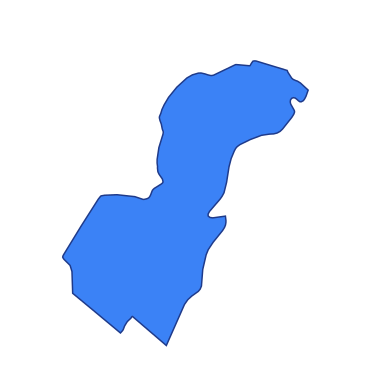 White Nile, Mercator projection, rotated 40°
{"feature_id": "SDN-879", "entity_name": "White Nile", "entity_type": "State", "adm_level": 1, "iso_a3": "SDN", "parent_name": "Sudan", "parent_adm1": "", "projection": "mercator", "projection_center": [32.247, 13.605], "detail": "fine", "context": "isolated", "style": "filled", "palette": "blue", "viewbox_px": 384, "rotation_deg": 40, "n_neighbors": 0, "source": "natural_earth", "source_scale": "10m", "svg_char_len": 2134}
<svg xmlns="http://www.w3.org/2000/svg" viewBox="0 0 384 384"><g transform="rotate(40 192 192)"><path d="M271.0,326.1L226.4,325.6L226.1,326.0L226.1,326.5L226.2,327.0L226.3,327.6L226.2,328.9L225.9,331.2L225.8,332.4L225.8,333.6L226.5,338.0L227.7,341.4L227.9,342.5L227.9,343.7L227.8,346.0L196.8,346.1L165.7,346.3L151.2,330.1L145.8,326.6L137.5,325.9L136.1,325.6L134.8,325.0L134.2,323.8L133.9,322.3L129.0,289.6L124.8,257.7L124.7,253.9L125.1,253.1L127.2,250.6L136.3,242.3L151.2,232.3L159.3,229.1L159.9,228.6L160.5,227.9L161.6,226.4L162.2,225.3L162.5,224.5L162.6,223.9L162.6,223.3L162.6,222.7L162.1,220.6L160.9,217.2L160.6,216.1L160.6,215.0L160.8,213.4L163.4,205.4L163.6,204.0L163.5,203.4L163.3,203.0L163.0,202.6L162.6,202.3L161.1,201.2L160.6,201.0L155.4,199.6L153.2,198.6L152.5,198.1L150.1,195.8L149.3,194.7L146.7,192.3L144.3,189.4L138.1,179.3L132.6,166.3L131.6,164.7L131.3,164.4L130.9,164.1L128.8,162.9L124.8,159.7L121.5,157.8L119.5,156.3L119.2,156.0L118.9,155.6L118.5,154.9L118.2,153.9L117.6,151.9L116.0,148.2L114.6,143.0L113.2,134.5L113.0,121.4L114.7,108.6L114.8,107.9L117.0,102.0L120.4,96.9L121.8,95.6L122.5,95.0L126.0,93.2L128.8,92.1L131.0,91.0L131.8,90.5L132.5,89.8L133.4,88.7L143.3,66.8L143.6,66.3L144.2,65.8L154.8,58.4L155.2,58.0L155.2,57.4L154.9,56.1L154.7,54.5L154.6,52.5L155.6,51.4L156.8,50.5L186.8,37.7L188.4,38.6L195.2,40.7L196.1,40.7L197.2,40.7L200.0,39.9L201.5,39.3L205.0,38.8L215.5,39.3L217.8,45.4L218.4,48.0L218.6,50.4L217.7,52.7L216.7,53.5L214.9,53.7L212.9,53.6L210.7,53.7L209.1,54.5L208.2,56.0L208.2,58.0L209.4,59.9L211.1,61.2L217.5,63.6L218.6,64.2L219.3,65.1L220.0,67.1L220.5,70.7L220.9,85.6L220.5,89.0L219.3,92.1L217.2,95.0L214.2,97.8L208.8,103.9L202.9,114.4L198.3,124.8L197.7,127.2L197.4,129.0L197.5,130.9L198.1,133.6L200.5,141.2L204.1,148.8L212.3,162.4L217.0,172.0L217.8,175.9L218.1,179.3L217.9,195.6L218.5,198.5L219.8,200.0L222.0,200.0L224.5,198.5L233.1,189.0L236.4,192.1L237.6,193.6L238.9,195.8L239.7,198.3L240.2,201.8L240.5,217.0L241.5,225.7L243.2,231.0L250.0,244.4L259.7,258.0L260.7,261.2L260.7,264.1L258.7,271.9L258.0,277.1L258.5,282.9L271.0,326.1Z" fill="#3b82f6" stroke="#1e3a8a" stroke-width="1.5"/></g></svg>